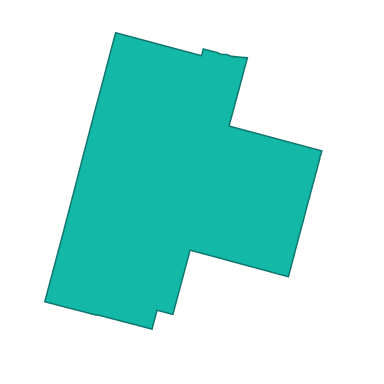 the district of Tatiara, South Australia, Australia, rotated 195°
{"feature_id": "25037944B1672021896244", "entity_name": "Tatiara", "entity_type": "district", "adm_level": 2, "iso_a3": "AUS", "parent_name": "Australia", "parent_adm1": "South Australia", "projection": "robinson", "projection_center": [140.706, -36.222], "detail": "fine", "context": "isolated", "style": "filled", "palette": "teal", "viewbox_px": 384, "rotation_deg": 195, "n_neighbors": 0, "source": "geoboundaries", "source_scale": "gbopen_adm2", "svg_char_len": 4029}
<svg xmlns="http://www.w3.org/2000/svg" viewBox="0 0 384 384"><g transform="rotate(195 192 192)"><path d="M305.8,47.9L305.7,47.9L305.1,47.9L304.9,47.9L304.5,47.9L304.3,47.9L304.1,47.9L303.9,47.9L303.6,47.9L303.3,47.9L303.0,47.9L302.7,47.9L302.3,47.9L302.1,47.9L301.9,47.9L301.7,47.9L301.4,47.9L301.0,47.9L300.6,47.9L300.4,47.9L300.2,47.9L299.9,47.9L299.5,47.9L299.2,47.9L298.8,48.0L298.4,48.0L297.7,48.0L297.1,48.0L296.9,48.0L296.6,48.0L296.3,48.0L296.2,48.0L295.9,48.0L295.6,48.0L295.4,48.0L295.0,48.0L294.6,48.0L294.3,48.0L294.1,48.0L293.9,48.0L293.7,48.0L293.4,48.0L293.2,48.0L292.8,48.0L292.5,48.0L292.3,48.0L292.2,48.0L291.8,48.0L291.7,48.0L291.3,48.0L291.2,48.0L290.7,48.0L290.4,48.0L290.2,48.0L289.9,48.0L289.6,48.0L289.4,48.0L289.2,48.0L288.9,48.0L288.5,48.0L288.4,48.0L288.1,48.0L287.8,48.0L287.7,48.0L287.4,48.0L287.2,48.0L286.7,48.0L286.4,48.0L286.0,48.0L285.8,48.0L285.7,48.0L285.4,48.0L285.0,48.0L284.7,48.1L284.3,48.1L284.1,48.0L283.9,48.0L283.7,48.0L283.4,48.1L283.2,48.1L282.9,48.1L282.6,48.1L282.4,48.1L282.1,48.1L281.9,48.1L281.5,48.1L281.4,48.1L281.1,48.1L280.9,48.1L280.5,48.1L280.3,48.1L279.9,48.1L279.5,48.1L279.2,48.1L278.8,48.1L278.7,48.1L278.3,48.1L278.2,48.1L277.8,48.1L277.7,48.1L277.3,48.1L277.2,48.1L276.9,48.1L276.7,48.1L276.2,48.1L275.7,48.1L275.4,48.1L275.0,48.1L274.9,48.1L274.7,48.1L274.3,48.1L274.2,48.1L273.8,48.1L273.7,48.1L273.4,48.2L273.0,48.1L272.9,48.2L272.7,48.2L272.4,48.2L272.2,48.2L271.7,48.1L271.4,48.2L271.1,48.2L270.9,48.2L270.6,48.2L270.4,48.2L270.0,48.2L269.8,48.2L269.5,48.2L269.2,48.2L268.8,48.2L268.7,48.2L268.3,48.2L267.8,48.2L267.6,48.2L267.2,48.2L266.9,48.2L266.7,48.2L266.3,48.2L266.1,48.2L265.9,48.2L265.6,48.3L265.4,48.5L265.2,48.4L264.8,48.3L264.6,48.3L264.3,48.3L264.2,48.3L263.7,48.2L263.3,48.2L263.2,48.2L262.9,48.2L262.7,48.2L262.4,48.2L262.2,48.2L261.8,48.2L261.5,48.2L261.0,48.2L260.9,48.2L260.6,48.2L260.3,48.2L260.0,48.2L259.6,48.2L259.2,48.2L258.7,48.2L258.0,48.2L257.9,48.2L257.5,48.2L257.1,48.2L256.7,48.2L256.3,48.2L256.1,48.2L255.8,48.3L255.7,48.3L255.4,48.3L255.0,48.3L254.8,48.3L254.4,48.3L254.2,48.3L253.8,48.3L253.6,48.3L253.3,48.3L252.9,48.3L252.5,48.3L252.4,48.3L252.2,48.4L251.9,48.5L251.7,48.7L251.7,48.8L223.7,49.0L195.1,49.2L195.2,68.7L184.5,68.8L178.8,68.8L178.8,102.6L178.8,135.3L173.2,135.3L162.1,135.3L148.4,135.3L144.2,135.3L138.2,135.2L137.7,135.2L130.9,135.2L128.6,135.2L128.4,135.2L121.0,135.2L113.0,135.2L106.9,135.2L102.0,135.2L93.1,135.1L87.1,135.1L77.0,135.1L77.0,152.1L77.0,155.3L77.1,165.6L77.1,195.1L77.2,201.5L77.2,214.4L77.1,217.6L77.2,218.7L77.2,233.8L77.2,244.1L77.2,257.6L77.4,257.8L77.5,258.0L77.4,258.4L77.4,258.5L77.6,258.9L77.7,259.0L77.5,259.5L77.5,259.9L77.5,260.0L77.4,260.3L77.1,260.8L77.1,261.0L77.2,261.3L77.3,261.5L77.2,262.0L77.2,263.0L77.3,263.4L77.2,263.6L77.2,265.1L77.2,265.3L78.8,265.3L86.9,265.3L93.8,265.3L98.1,265.3L106.5,265.3L106.8,265.3L108.3,265.3L110.9,265.3L118.5,265.3L122.2,265.3L128.6,265.3L132.4,265.3L139.0,265.3L141.3,265.3L151.2,265.3L156.0,265.3L156.7,265.3L157.1,265.3L157.7,265.3L158.0,265.3L158.8,265.3L165.6,265.3L173.3,265.3L173.2,287.2L173.2,287.6L173.2,287.8L173.3,288.0L173.3,292.9L173.2,294.0L173.2,312.1L173.2,322.9L173.3,323.0L173.3,327.2L173.2,327.2L173.2,332.8L173.2,334.1L173.2,336.1L173.3,336.1L179.6,334.8L180.1,334.8L181.7,334.5L186.3,333.8L187.0,333.8L186.8,333.1L190.7,333.4L194.4,333.7L198.2,332.8L199.2,332.6L202.0,332.6L202.4,333.2L210.0,333.1L218.1,333.1L218.1,331.6L218.1,328.1L218.2,326.1L221.6,326.1L225.1,326.1L234.8,326.1L235.1,326.1L237.9,326.1L238.0,326.1L243.4,326.1L249.3,326.1L254.4,326.1L260.7,326.1L263.0,326.1L267.4,326.1L271.4,326.1L275.0,326.1L281.5,326.1L286.3,326.1L286.5,326.1L288.2,326.1L294.2,326.1L294.3,326.1L299.2,326.1L303.2,326.1L303.4,326.1L303.6,326.1L306.9,326.1L307.0,326.1L307.0,324.9L306.9,290.8L306.8,283.1L306.8,275.7L306.8,271.5L306.8,260.2L306.8,239.8L306.7,237.8L306.7,237.5L306.7,235.7L306.5,202.4L306.0,135.6L306.0,130.7L305.9,124.1L305.9,114.0L305.8,49.8L305.8,47.9Z" fill="#14b8a6" stroke="#0f766e" stroke-width="1.5"/></g></svg>